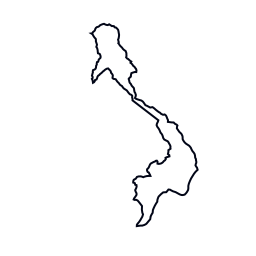 the district of Pirapozinho, São Paulo, Brazil, rotated 306°
{"feature_id": "56859067B23767798261790", "entity_name": "Pirapozinho", "entity_type": "district", "adm_level": 2, "iso_a3": "BRA", "parent_name": "Brazil", "parent_adm1": "São Paulo", "projection": "robinson", "projection_center": [-51.607, -22.434], "detail": "fine", "context": "isolated", "style": "outline", "palette": "ink", "viewbox_px": 256, "rotation_deg": 306, "n_neighbors": 0, "source": "geoboundaries", "source_scale": "gbopen_adm2", "svg_char_len": 4549}
<svg xmlns="http://www.w3.org/2000/svg" viewBox="0 0 256 256"><g transform="rotate(306 128 128)"><path d="M144.0,73.1L145.1,73.6L146.3,73.6L147.2,73.1L148.8,74.0L150.2,73.7L151.4,73.2L152.7,73.1L154.0,73.6L155.3,73.7L156.9,74.2L158.0,74.4L159.0,74.5L160.1,74.9L161.3,75.1L162.4,75.5L163.5,76.0L164.5,76.9L164.2,78.6L164.0,80.0L163.5,81.0L162.7,81.8L162.5,82.9L162.1,84.1L161.4,85.0L160.4,85.5L159.4,86.0L159.2,87.3L159.7,88.3L160.2,89.4L159.8,90.5L159.4,91.6L159.1,92.7L159.0,93.9L158.7,94.9L158.3,95.9L158.3,97.2L158.4,98.5L157.9,99.8L157.5,101.3L157.6,103.3L157.7,104.9L157.2,106.5L156.8,107.7L156.4,109.6L156.8,111.3L156.5,112.5L155.0,113.5L154.2,114.6L153.0,115.4L152.1,148.0L150.6,148.5L149.3,148.7L148.1,149.0L147.1,149.5L146.2,151.0L145.8,152.4L145.2,154.0L144.4,155.4L143.4,157.0L143.0,158.7L142.3,160.2L140.5,162.6L140.0,164.1L140.3,166.4L140.6,167.8L140.3,169.0L139.6,170.4L139.0,171.8L138.2,173.1L137.2,173.7L136.2,174.6L133.8,173.7L132.3,174.8L130.4,175.6L130.3,177.4L129.4,178.2L127.9,177.1L126.9,176.3L125.8,175.9L125.2,176.8L123.6,176.9L122.2,176.4L121.3,176.4L120.1,176.2L118.6,175.5L117.1,174.1L116.5,172.8L118.2,171.6L118.5,170.5L117.8,169.8L116.5,169.4L115.6,168.7L114.1,168.0L112.6,167.3L111.3,167.3L110.0,167.6L108.2,168.0L106.8,167.9L105.8,167.7L104.7,168.5L104.0,169.8L104.2,171.0L103.5,172.3L103.0,173.4L102.4,174.3L101.6,173.2L100.8,172.2L100.0,171.3L99.1,170.6L98.4,170.0L97.2,169.3L96.7,167.5L96.2,166.5L95.1,165.1L93.7,164.0L91.6,164.1L89.5,163.1L88.1,163.5L86.9,164.3L87.4,165.9L86.3,167.3L86.8,168.4L85.7,169.4L84.4,169.9L83.4,170.1L82.0,170.3L81.0,171.6L80.4,172.9L79.7,173.7L78.8,174.2L77.4,174.3L75.7,174.3L74.5,174.3L73.5,174.6L73.7,175.6L74.7,176.8L75.0,178.3L74.7,179.7L74.2,181.5L73.1,185.2L70.1,187.2L68.9,188.4L67.8,189.5L67.0,190.9L64.7,191.7L63.7,191.8L60.9,192.1L58.7,192.2L56.0,192.0L54.9,192.1L53.8,192.8L56.4,195.5L57.3,196.8L59.0,198.1L60.5,198.9L61.5,199.2L64.5,199.4L65.9,199.5L67.2,199.6L68.4,199.0L69.8,198.3L71.9,197.9L73.8,197.8L74.9,197.2L76.2,196.4L78.2,195.9L80.8,195.4L83.5,195.1L85.6,195.0L86.8,194.2L88.1,193.7L89.8,193.2L90.7,193.1L93.9,193.6L96.6,194.3L98.6,196.7L102.0,196.9L102.8,198.3L102.9,199.4L103.2,201.5L104.1,204.2L104.7,208.9L105.2,210.6L106.0,211.8L107.4,213.0L109.5,213.3L111.2,213.3L113.3,213.0L114.8,212.2L116.1,211.2L116.9,210.7L118.9,209.9L121.7,209.2L124.3,208.7L129.8,208.3L132.3,208.4L135.1,208.9L136.5,207.1L136.8,206.0L137.4,204.6L138.7,204.0L140.0,203.7L141.2,202.8L141.8,202.0L142.8,201.2L143.5,199.8L145.2,198.3L146.2,197.0L146.8,195.4L147.1,194.0L147.9,192.2L149.0,190.3L149.3,189.2L149.6,188.0L149.5,185.8L149.4,184.4L149.6,182.5L150.0,181.1L150.9,179.0L151.6,178.4L152.9,177.4L153.7,176.5L154.7,174.5L154.9,172.8L155.1,171.5L155.6,170.2L156.0,169.0L156.4,167.8L157.8,166.9L159.1,166.5L159.3,165.3L159.0,163.7L159.3,161.7L158.1,159.9L157.1,158.0L156.4,156.7L157.9,155.7L158.7,154.2L159.6,152.9L160.4,151.4L160.5,149.7L159.3,148.6L158.9,146.4L159.2,145.0L159.0,143.7L159.0,141.8L159.1,139.5L159.3,137.8L159.3,135.6L157.6,133.9L157.1,130.3L156.7,128.7L157.7,125.9L158.1,124.5L158.1,122.7L157.4,120.8L156.8,119.0L156.3,117.2L156.4,116.0L157.8,115.7L159.3,115.0L160.6,113.2L161.0,112.1L162.1,110.9L163.3,109.8L163.9,108.9L164.1,107.5L164.4,106.1L165.3,104.4L165.6,102.9L166.2,101.9L166.9,101.3L168.1,99.7L169.3,99.7L171.2,100.1L172.7,99.2L174.4,98.5L175.6,99.3L177.3,100.6L178.1,101.8L179.6,101.0L180.5,99.8L180.8,98.7L181.3,97.3L181.4,95.4L181.9,94.4L182.2,93.0L182.2,91.7L183.7,91.6L183.6,90.1L183.8,88.6L183.9,87.5L183.7,86.4L184.1,84.9L185.3,84.5L186.4,83.6L187.6,82.7L188.3,81.7L188.9,80.8L188.8,79.2L189.0,77.4L189.5,76.0L189.8,74.0L190.0,72.8L190.6,71.5L190.9,70.3L192.0,70.1L192.6,69.3L193.7,68.0L194.8,67.8L196.1,67.2L197.4,66.5L198.4,65.8L199.2,64.9L200.5,63.6L201.6,62.3L202.0,60.8L202.2,59.3L201.6,58.0L202.1,57.0L201.7,55.9L201.0,55.1L200.9,53.4L200.8,51.8L199.4,51.2L198.8,50.1L198.4,48.9L198.2,47.4L197.4,46.7L196.1,45.8L194.7,45.0L193.6,44.9L192.5,44.5L191.5,43.6L190.2,43.2L188.9,43.3L188.0,43.7L186.8,43.8L185.1,43.3L183.7,43.5L182.9,42.7L183.0,44.3L182.3,45.6L181.5,47.7L181.2,49.4L180.4,50.3L179.3,51.0L178.2,52.5L177.2,53.9L176.0,54.4L175.0,54.7L174.4,56.2L173.1,57.7L171.8,58.8L170.8,59.8L171.3,61.5L170.5,63.0L169.4,64.1L168.4,64.5L167.5,64.3L166.2,64.1L165.0,64.6L164.0,64.9L163.1,64.2L161.9,64.7L160.9,65.5L159.7,65.6L158.2,66.5L157.0,66.9L155.6,66.6L154.3,65.7L153.1,66.2L152.4,66.9L151.4,67.2L150.2,67.7L149.1,68.1L148.6,69.3L147.7,70.0L146.5,69.9L145.8,71.3L144.8,72.3L144.0,73.1Z" fill="none" stroke="#020617" stroke-width="2"/></g></svg>